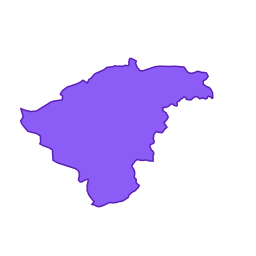 map outline of Južno-Backi (Albers equal-area conic projection), rotated 155°
{"feature_id": "SRB-1059", "entity_name": "Južno-Backi", "entity_type": "District", "adm_level": 1, "iso_a3": "SRB", "parent_name": "Republic of Serbia", "parent_adm1": "", "projection": "albers", "projection_center": [19.57, 45.457], "detail": "fine", "context": "isolated", "style": "filled", "palette": "violet", "viewbox_px": 256, "rotation_deg": 155, "n_neighbors": 0, "source": "natural_earth", "source_scale": "10m", "svg_char_len": 5474}
<svg xmlns="http://www.w3.org/2000/svg" viewBox="0 0 256 256"><g transform="rotate(155 128 128)"><path d="M37.3,130.4L36.6,128.0L36.5,124.3L38.4,119.4L39.6,119.6L39.6,119.8L39.5,120.2L39.5,120.5L39.7,120.9L40.5,121.7L41.2,122.4L41.5,122.7L41.8,122.8L42.1,122.8L42.5,122.7L43.5,121.7L43.8,121.6L44.1,121.5L44.5,121.4L45.0,121.5L45.3,121.6L45.6,121.7L46.8,122.9L48.1,123.8L48.5,124.0L48.9,124.1L49.9,124.0L50.3,124.1L50.6,124.2L50.8,124.3L51.0,124.6L51.1,124.9L51.5,126.2L51.6,126.5L51.8,126.8L52.0,127.1L52.6,127.4L52.8,127.6L53.3,127.7L54.4,127.8L56.0,127.8L56.5,127.7L57.0,127.6L57.9,127.1L58.4,126.9L58.8,126.9L59.0,126.9L59.4,127.1L61.9,128.4L62.4,128.8L62.8,129.4L63.1,129.9L63.1,130.3L63.1,130.9L63.2,131.3L63.3,131.6L63.6,132.1L63.8,132.3L64.0,132.4L64.3,132.5L64.6,132.4L65.4,132.1L65.9,132.0L67.6,131.8L68.1,131.7L69.1,131.3L69.8,130.9L70.2,130.7L70.6,130.7L71.0,130.7L71.6,130.8L72.0,130.8L72.4,130.8L72.7,130.6L72.9,130.5L73.1,130.2L73.2,129.0L73.4,128.5L73.6,128.1L73.9,127.8L74.2,127.5L74.6,127.4L75.0,127.5L75.5,127.9L76.9,129.5L77.5,130.5L77.7,130.9L78.1,131.2L78.7,131.5L79.0,131.5L79.4,131.5L79.8,131.3L80.8,130.8L81.3,130.7L81.8,130.6L82.9,130.6L84.0,130.7L84.6,130.7L85.6,131.0L88.1,131.7L88.2,131.1L88.6,129.8L88.7,129.4L88.7,128.9L88.6,128.4L88.4,127.8L88.2,127.4L87.4,126.1L87.2,125.7L87.1,125.3L87.2,124.3L87.1,123.9L86.9,122.8L86.9,122.3L86.9,121.4L87.0,121.0L87.1,120.7L87.3,120.5L89.1,119.3L91.5,118.1L92.4,117.9L93.1,117.8L93.0,115.5L93.0,115.1L92.6,114.5L92.6,114.4L92.4,112.2L94.9,111.4L96.1,111.1L96.4,110.9L96.8,110.6L97.7,109.9L98.2,109.7L98.8,109.5L99.2,109.5L99.5,109.6L100.1,109.9L101.9,111.0L102.2,111.2L103.2,112.2L103.4,112.3L103.8,112.5L104.1,112.6L104.5,112.5L104.8,112.5L105.4,112.2L106.9,111.3L107.7,110.7L107.9,110.4L108.1,110.2L108.6,109.1L109.4,108.0L109.5,107.7L109.6,107.4L109.7,106.9L109.8,105.5L109.9,105.0L110.2,104.5L110.4,104.1L110.7,103.7L111.0,103.5L111.3,103.4L111.6,103.3L113.1,103.5L114.0,103.4L115.0,103.1L115.3,103.0L115.5,102.8L115.7,102.5L115.9,102.1L116.0,101.5L116.0,99.8L116.2,98.7L116.1,98.2L115.6,97.1L115.2,96.0L115.1,95.7L115.1,95.2L115.2,94.8L115.3,94.4L115.9,93.3L116.2,92.9L117.3,91.9L117.5,91.6L117.6,91.2L118.0,89.8L119.3,87.4L121.2,88.5L122.4,89.1L123.1,89.6L124.4,90.7L124.8,91.1L125.4,91.4L126.0,91.7L127.3,92.1L128.3,92.4L128.8,92.6L129.4,92.9L129.8,93.2L131.9,94.7L133.0,95.6L135.1,95.1L135.9,94.9L136.2,94.7L136.5,94.5L137.4,93.9L137.7,93.7L138.7,93.3L139.6,92.7L140.1,92.3L140.4,92.1L140.5,91.8L140.6,91.5L140.7,91.1L140.7,90.6L140.6,90.2L140.5,89.5L140.3,88.4L140.3,87.3L140.3,86.7L140.4,86.2L140.8,84.7L141.3,83.7L141.8,82.8L142.6,81.7L142.8,81.2L142.9,80.6L143.1,79.4L142.7,79.0L142.5,78.6L142.3,78.3L142.3,77.9L142.4,77.7L142.9,76.8L143.4,75.8L143.5,75.2L143.5,74.6L143.4,73.9L142.8,72.8L142.1,71.0L144.6,69.4L145.3,69.2L146.6,68.8L147.8,68.3L148.3,68.1L148.8,68.1L150.9,68.1L151.9,68.0L152.4,67.9L153.6,67.3L155.1,66.9L155.6,66.6L156.9,65.3L157.3,65.0L157.6,64.8L159.5,64.7L160.1,64.6L161.0,64.4L162.1,64.2L163.7,64.2L164.8,64.3L165.3,64.4L166.9,65.0L167.4,65.1L169.6,65.3L170.1,65.4L171.7,66.0L173.0,66.4L173.7,66.7L175.3,67.8L176.0,68.1L176.5,68.2L177.6,68.2L184.4,68.3L185.5,68.4L186.9,68.8L187.4,68.9L188.0,69.2L188.6,69.6L189.0,69.9L189.5,70.5L190.3,71.5L190.9,72.2L191.6,72.9L192.6,73.6L192.8,73.9L193.0,74.2L191.5,74.7L189.9,75.6L191.1,80.1L191.8,84.2L191.4,88.5L189.2,93.5L186.2,97.1L186.0,98.5L188.7,99.0L192.8,98.7L194.3,99.5L194.9,101.7L194.3,102.8L193.0,104.3L191.7,106.4L191.1,109.3L191.7,111.6L193.1,113.7L206.3,125.9L209.6,130.4L205.8,140.0L207.6,143.1L212.4,147.9L214.6,150.9L213.2,152.2L212.3,154.1L211.6,156.1L210.7,157.7L213.1,161.6L220.0,167.2L221.5,172.1L222.5,177.1L222.3,179.8L218.4,182.2L217.7,185.1L217.4,188.3L216.9,190.8L213.9,187.7L209.0,183.9L203.7,182.1L186.8,184.1L183.6,183.7L175.6,181.3L174.0,184.3L173.8,184.5L173.8,184.8L173.8,185.0L173.9,185.3L174.2,185.7L174.8,186.3L175.0,186.6L175.1,186.9L175.0,187.1L174.9,187.3L174.6,187.6L173.9,188.1L172.6,189.0L172.2,189.3L171.7,189.5L171.2,189.7L169.4,190.0L168.7,190.2L167.8,190.4L165.4,190.8L164.4,190.7L164.1,190.7L163.5,190.4L163.3,190.3L161.3,190.2L159.1,190.1L158.8,189.9L158.3,189.9L157.0,189.8L154.6,189.7L152.2,189.7L151.1,189.8L150.6,189.9L149.3,190.3L149.1,190.4L148.8,190.3L148.6,190.2L148.3,190.0L147.2,188.0L145.7,186.0L144.3,187.3L143.5,188.0L143.2,188.3L142.8,188.5L142.3,188.6L140.5,188.8L140.0,188.9L139.6,189.1L138.9,189.5L137.9,190.0L135.2,191.1L127.0,191.0L125.2,191.0L124.7,191.1L124.1,191.2L122.1,191.8L121.7,191.8L121.2,191.7L119.8,191.3L117.8,190.6L116.3,190.1L115.7,190.0L114.1,189.9L113.5,189.8L113.2,189.7L112.6,189.3L111.6,188.4L111.3,188.2L110.9,188.1L110.5,188.0L109.5,187.8L109.2,187.7L108.9,187.5L108.5,187.2L107.8,186.4L107.7,186.3L104.4,186.0L103.8,185.8L103.5,185.7L103.2,185.5L102.5,184.8L102.2,184.7L101.8,184.6L101.6,184.6L101.1,184.7L100.4,185.0L100.1,185.2L99.8,185.4L99.7,185.7L99.6,186.1L99.7,186.5L99.8,186.7L98.2,189.0L97.9,189.4L97.6,189.8L97.4,189.9L97.3,190.0L97.2,190.1L96.8,190.2L96.7,190.2L96.4,190.0L95.6,189.6L95.4,189.5L95.3,189.4L95.0,188.8L94.9,188.5L94.8,188.4L94.6,188.2L94.2,187.9L94.0,187.7L93.0,186.3L92.2,185.1L93.8,183.5L94.1,178.8L92.7,174.7L90.0,173.5L77.5,172.1L73.3,170.7L64.5,166.3L59.1,164.0L51.4,159.5L50.7,155.2L50.3,153.4L48.5,151.3L46.3,150.5L44.3,150.1L41.1,150.1L38.8,148.4L37.9,147.2L36.4,146.7L33.7,144.8L33.5,140.9L36.5,139.2L40.1,138.7L41.3,135.9L39.3,132.4L37.3,130.4Z" fill="#8b5cf6" stroke="#5b21b6" stroke-width="1.5"/></g></svg>